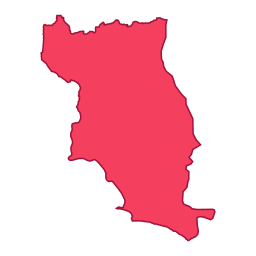 outline of Solís Grande, Maldonado, Uruguay
{"feature_id": "84410073B83556498803865", "entity_name": "Solís Grande", "entity_type": "district", "adm_level": 2, "iso_a3": "URY", "parent_name": "Uruguay", "parent_adm1": "Maldonado", "projection": "mercator", "projection_center": [-55.417, -34.719], "detail": "fine", "context": "isolated", "style": "filled", "palette": "rose", "viewbox_px": 256, "rotation_deg": 0, "n_neighbors": 0, "source": "geoboundaries", "source_scale": "gbopen_adm2", "svg_char_len": 5529}
<svg xmlns="http://www.w3.org/2000/svg" viewBox="0 0 256 256"><path d="M116.4,208.4L117.0,208.7L120.5,208.9L123.2,209.5L126.9,210.7L129.8,212.1L131.4,213.7L132.0,215.4L132.4,216.2L132.3,216.7L131.6,217.7L131.5,218.3L131.5,218.9L132.0,219.7L132.1,220.5L132.3,220.8L132.5,220.5L133.4,220.9L134.8,220.9L135.7,221.0L138.0,220.7L138.2,220.8L142.2,221.1L143.9,221.5L145.5,221.5L146.3,221.7L149.6,222.0L151.4,222.7L152.0,223.1L152.7,223.1L153.1,223.3L154.0,224.0L154.3,223.9L156.4,224.1L164.0,226.2L166.2,226.6L168.6,227.7L170.4,229.1L171.0,229.5L171.8,229.7L173.5,231.2L174.9,231.1L175.8,231.4L176.6,232.1L177.6,232.6L178.0,233.2L178.6,233.8L180.8,234.9L181.3,234.8L183.3,236.5L183.7,236.6L185.3,237.8L186.0,239.1L186.8,239.3L187.9,240.5L188.6,240.6L191.2,238.7L195.6,236.6L197.8,234.2L198.3,230.8L197.3,225.4L197.0,220.6L197.0,217.9L198.8,216.8L201.1,216.7L204.5,217.4L210.7,219.7L212.8,218.2L214.9,211.9L214.3,209.9L212.7,209.3L197.3,209.5L192.2,208.8L189.9,206.7L183.7,204.1L182.5,201.1L183.1,191.7L187.0,187.2L187.8,182.2L188.8,179.2L188.8,171.5L186.0,169.5L186.4,166.0L190.9,164.0L192.7,161.6L189.0,157.4L191.4,154.5L192.8,149.5L200.6,144.8L196.3,140.0L193.1,133.9L192.8,118.7L186.0,104.2L185.9,98.6L181.7,94.5L175.4,85.9L172.3,76.2L166.0,71.1L163.7,66.4L163.1,62.3L161.6,59.6L161.1,51.2L163.4,44.0L165.9,37.1L165.8,25.2L166.9,19.9L166.0,19.8L165.1,19.8L164.1,19.5L163.2,19.3L162.0,18.8L161.1,18.5L160.2,17.9L159.0,17.8L157.5,18.2L156.9,18.0L156.6,19.3L156.0,20.1L155.4,20.3L154.8,20.2L153.9,20.3L152.5,21.5L150.7,21.9L150.1,22.8L149.5,23.0L149.0,22.9L147.2,23.2L145.5,22.9L145.0,23.0L144.6,23.4L143.5,23.6L143.0,23.5L143.0,23.0L142.6,22.9L141.0,23.2L139.1,23.1L136.9,21.7L135.3,21.5L133.7,21.9L133.1,22.4L132.5,23.7L132.4,24.1L132.2,24.7L131.2,25.3L130.8,26.0L130.3,26.4L130.1,26.5L129.1,26.3L128.0,26.6L127.8,26.8L127.3,26.4L127.7,25.3L127.6,25.0L127.4,24.7L127.0,24.6L126.8,25.0L126.6,24.9L126.4,25.1L126.1,25.1L124.5,24.4L123.8,24.2L123.2,24.5L122.8,24.5L122.6,24.7L122.2,24.7L121.8,24.6L121.2,24.1L120.4,24.0L119.5,23.5L119.3,23.2L118.8,21.3L118.4,20.7L117.9,20.2L117.0,20.0L116.9,20.2L116.6,20.3L116.1,20.1L115.7,20.3L115.5,20.7L114.3,21.7L113.8,22.4L112.9,23.0L112.6,23.0L112.4,22.9L111.9,23.2L111.3,23.3L111.2,23.6L109.7,23.8L109.2,24.0L107.4,24.0L106.6,24.5L105.2,24.7L104.4,25.0L104.1,24.9L104.0,24.7L104.2,24.0L104.1,23.3L103.5,22.5L103.1,22.3L102.8,22.7L101.9,23.2L101.5,23.7L101.3,23.7L100.8,24.0L100.3,24.6L100.2,24.6L99.5,25.4L99.2,26.7L98.8,27.1L96.0,27.0L95.8,27.1L95.5,28.2L95.6,30.0L95.7,30.3L95.6,31.0L95.2,32.2L94.3,32.8L94.0,32.8L93.8,32.4L93.1,32.1L93.0,31.8L92.3,31.6L90.2,31.4L89.9,31.5L89.9,31.8L88.9,32.4L88.7,32.8L87.6,33.3L86.7,34.0L84.4,34.1L83.8,33.9L83.7,33.6L83.4,33.2L83.7,32.6L83.8,31.7L83.6,31.3L83.3,31.2L80.5,31.5L80.1,31.6L79.6,31.6L78.9,31.9L78.7,32.3L78.3,32.5L77.9,32.5L74.8,33.0L73.9,33.4L73.5,33.9L72.8,34.0L71.1,33.6L70.7,33.3L70.4,32.1L70.5,32.0L70.5,31.7L70.2,31.0L70.1,30.5L69.7,29.9L69.6,29.7L69.5,29.0L69.7,28.1L69.4,27.5L69.3,26.6L69.1,26.4L69.0,26.0L68.6,25.3L67.6,24.9L67.1,24.1L65.2,22.6L64.1,21.0L63.7,20.1L63.6,19.3L63.7,18.0L63.4,17.5L62.5,17.4L62.3,17.5L62.2,17.8L62.1,17.7L61.5,16.8L61.5,16.3L61.2,15.9L60.8,15.5L59.8,15.4L59.7,15.6L59.2,15.7L57.1,15.4L56.8,15.9L56.8,16.8L56.9,17.0L56.7,17.6L56.8,18.0L56.5,18.7L57.0,19.8L56.9,20.3L56.6,21.0L55.7,21.6L55.4,22.5L55.0,23.0L53.2,23.9L52.6,25.2L52.1,25.3L50.8,25.2L49.6,25.5L48.7,25.2L46.9,25.5L44.8,24.5L44.0,25.0L43.7,25.3L43.4,27.4L43.6,28.1L43.7,29.0L43.4,30.2L43.6,32.7L43.2,34.5L43.6,35.0L43.6,35.6L43.8,36.5L43.7,37.2L43.5,37.4L43.7,38.5L43.4,43.5L43.0,48.1L42.9,49.4L42.7,51.1L42.5,51.9L42.5,52.3L42.4,52.5L42.0,52.7L41.5,52.7L41.1,53.0L41.3,54.1L41.3,54.6L41.6,55.3L41.3,55.9L41.3,56.5L41.5,57.4L41.6,59.2L41.9,59.9L42.5,60.5L43.0,60.8L43.8,61.6L44.9,62.4L46.2,63.6L46.8,64.2L47.3,65.6L48.9,67.6L49.6,68.9L51.2,70.6L51.3,71.2L51.4,71.4L52.1,71.6L52.6,71.5L53.3,71.7L56.3,73.1L57.5,74.2L58.5,76.0L58.9,76.6L59.3,76.7L59.9,76.5L60.8,76.9L61.4,77.4L61.9,77.7L63.4,78.9L65.4,80.2L66.4,81.3L67.7,82.3L69.2,82.1L70.3,81.6L70.5,81.3L70.3,81.1L70.4,80.3L70.5,80.2L71.3,80.0L71.6,80.0L72.3,80.5L73.3,80.6L76.2,81.9L76.9,82.4L77.4,83.1L78.1,83.0L78.1,83.5L78.7,83.9L78.8,84.3L79.3,84.8L79.5,85.4L79.7,85.6L79.8,86.1L80.1,86.8L80.5,87.9L80.5,88.5L80.0,89.2L80.1,89.7L80.1,90.1L79.6,90.7L79.2,91.0L78.8,92.4L78.9,93.6L79.2,94.3L79.1,94.9L78.8,94.9L78.6,95.1L78.5,96.0L78.7,96.4L79.6,97.1L79.7,97.4L79.5,98.1L79.2,98.4L79.1,98.7L79.3,99.7L79.2,100.2L78.7,101.1L78.4,101.3L78.3,101.8L78.1,104.1L77.6,105.1L76.8,106.4L76.6,107.0L76.8,107.4L77.4,107.9L77.9,109.7L78.3,110.6L78.7,111.3L79.7,112.2L80.0,112.7L80.7,116.1L80.8,117.2L80.7,118.1L80.4,119.1L79.6,121.2L78.3,122.6L76.8,122.9L75.3,122.9L72.8,123.6L72.2,124.0L72.1,124.4L71.8,125.9L72.0,127.9L72.3,129.5L70.9,133.0L70.7,135.1L70.9,136.8L72.3,140.4L72.5,142.2L72.4,143.8L71.2,146.5L70.9,148.4L71.1,150.4L71.4,152.0L71.7,152.8L71.8,154.1L71.5,155.1L71.1,155.7L70.0,156.2L68.6,157.5L68.4,158.0L68.5,159.1L69.5,160.1L70.2,160.3L72.5,160.2L77.6,158.8L79.0,158.5L82.3,158.4L83.9,158.6L86.9,160.2L88.3,160.7L89.6,161.0L91.0,160.8L92.3,160.4L93.6,159.8L94.4,159.6L95.4,160.0L96.8,161.0L98.2,162.3L103.8,169.0L104.7,170.5L105.8,173.1L105.9,174.2L105.8,176.9L106.0,178.4L106.7,179.9L107.7,180.9L108.7,181.4L109.7,181.5L111.9,181.1L112.7,181.7L117.3,187.4L121.6,193.2L124.6,199.3L124.9,200.4L124.9,202.6L124.4,204.2L123.4,206.2L123.4,207.2L123.0,207.5L121.7,207.6L120.9,207.5L119.5,207.1L118.4,207.1L117.2,207.8L116.4,208.4Z" fill="#f43f5e" stroke="#9f1239" stroke-width="1.5"/></svg>